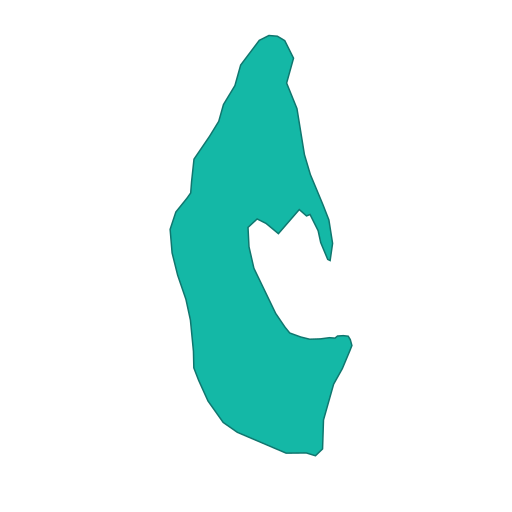 the district of Polowat, Federated States of Micronesia, rotated 164°
{"feature_id": "79324940B94242414509537", "entity_name": "Polowat", "entity_type": "district", "adm_level": 2, "iso_a3": "FSM", "parent_name": "Federated States of Micronesia", "parent_adm1": "", "projection": "equal_earth", "projection_center": [149.197, 7.357], "detail": "fine", "context": "isolated", "style": "filled", "palette": "teal", "viewbox_px": 512, "rotation_deg": 164, "n_neighbors": 0, "source": "geoboundaries", "source_scale": "gbopen_adm2", "svg_char_len": 981}
<svg xmlns="http://www.w3.org/2000/svg" viewBox="0 0 512 512"><g transform="rotate(164 256 256)"><path d="M267.6,383.9L288.9,366.2L297.4,345.3L301.4,334.6L306.4,330.6L320.9,320.4L331.2,305.3L335.8,282.1L336.6,259.2L335.3,233.6L336.7,212.5L342.4,181.6L346.6,165.6L345.4,152.3L342.1,129.8L333.4,105.0L322.5,91.6L281.4,58.2L261.9,52.8L253.9,47.6L245.2,52.2L236.3,79.8L216.7,111.4L204.1,123.9L191.8,139.2L188.5,143.5L188.4,149.7L189.5,153.5L194.1,155.4L199.7,156.6L202.7,155.3L207.8,157.2L217.0,158.6L227.3,161.2L235.3,165.8L244.8,172.7L247.7,179.5L252.9,195.3L261.4,244.8L260.2,266.8L255.8,285.7L244.7,291.3L237.4,284.6L228.3,271.3L201.6,288.7L196.4,280.6L192.6,281.0L189.3,263.2L190.1,251.1L188.0,233.0L186.0,231.2L178.9,247.0L176.0,270.6L177.5,286.7L181.3,319.3L181.5,340.1L176.0,386.4L178.9,413.8L165.4,435.8L169.0,455.1L174.9,461.4L182.8,464.4L193.4,462.4L218.1,443.8L229.3,425.6L245.5,410.6L254.7,395.7L267.6,383.9Z" fill="#14b8a6" stroke="#0f766e" stroke-width="1.5"/></g></svg>